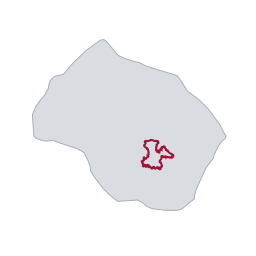 Bokong, Thaba-Tseka, Lesotho shown in context, rotated 76°
{"feature_id": "5366337B35229058377929", "entity_name": "Bokong", "entity_type": "district", "adm_level": 2, "iso_a3": "LSO", "parent_name": "Lesotho", "parent_adm1": "Thaba-Tseka", "projection": "orthographic", "projection_center": [28.644, -29.377], "detail": "fine", "context": "in_parent", "style": "outline", "palette": "rose", "viewbox_px": 256, "rotation_deg": 76, "n_neighbors": 0, "source": "geoboundaries", "source_scale": "gbopen_adm2", "svg_char_len": 6026}
<svg xmlns="http://www.w3.org/2000/svg" viewBox="0 0 256 256"><g transform="rotate(76 128 128)"><path d="M168.3,172.2L161.3,174.4L160.3,174.6L155.8,174.1L149.8,174.7L145.1,175.9L141.4,176.4L135.4,182.8L124.6,200.1L121.7,203.7L121.0,210.5L118.5,215.9L115.4,220.1L112.4,221.2L103.4,219.6L91.8,217.5L85.0,212.3L79.0,205.5L75.7,200.6L72.4,197.9L71.3,196.3L66.5,194.1L64.7,192.9L63.1,192.1L61.2,188.8L60.0,185.9L60.4,177.9L57.0,173.1L51.2,165.0L47.5,158.4L42.4,149.3L39.3,141.6L36.1,133.5L36.4,130.0L39.4,127.6L48.2,123.4L55.0,120.2L59.8,114.3L65.1,105.7L67.6,100.5L70.2,98.1L73.0,94.4L77.9,86.2L83.4,77.2L89.2,67.5L96.7,64.6L106.9,61.3L116.8,52.9L128.5,45.7L147.4,37.9L156.3,36.0L159.6,34.8L161.8,36.3L164.0,40.7L167.2,44.4L174.7,50.9L177.9,52.4L185.6,61.9L193.8,68.5L203.3,76.1L209.7,79.8L213.0,80.9L215.7,87.6L218.4,92.6L219.9,97.2L219.6,101.7L216.5,112.7L212.1,124.0L208.6,128.7L204.4,131.6L200.2,136.1L198.6,145.1L196.6,155.8L191.2,160.1L187.0,163.0L181.2,166.5L168.3,172.2Z" fill="#d9dde1" stroke="#a8b0b8" stroke-width="1"/><path d="M166.0,122.6L166.2,122.2L166.9,121.7L167.2,121.7L167.3,121.5L167.5,121.6L167.6,122.1L167.8,122.4L168.3,122.7L168.6,122.8L168.9,122.6L169.0,122.3L168.2,120.8L168.1,120.4L168.1,119.9L168.3,119.8L168.7,119.8L169.4,120.2L169.7,120.2L169.9,120.2L170.1,119.3L170.0,119.0L169.8,118.9L169.1,119.3L168.8,119.2L168.6,118.4L168.5,117.9L168.8,117.7L169.4,117.6L169.7,117.5L169.7,117.3L169.4,117.0L169.6,116.9L169.9,116.9L170.6,117.1L170.9,117.3L171.1,117.3L171.2,117.1L171.2,116.7L170.7,116.5L170.5,116.2L170.9,116.0L171.7,115.5L172.0,115.0L172.1,114.7L172.5,114.5L172.7,114.9L172.9,115.0L173.1,114.9L173.1,114.7L172.9,114.5L173.0,114.0L173.1,113.9L173.0,113.7L172.8,113.5L172.1,113.3L171.8,112.9L171.8,112.7L172.0,112.2L172.4,112.0L173.1,112.2L173.4,112.0L174.1,111.3L174.1,111.2L173.7,111.2L173.6,110.7L173.4,110.3L173.1,109.3L174.1,109.0L174.2,108.9L174.3,108.7L174.3,108.2L173.9,107.7L174.0,107.6L174.3,107.5L174.5,107.6L174.9,107.9L175.0,108.0L175.5,107.7L175.7,107.3L175.8,106.8L175.7,106.5L175.5,106.3L175.1,106.2L174.6,106.4L174.2,106.7L174.0,106.8L173.9,106.4L174.1,106.3L174.5,105.8L174.4,105.5L173.9,105.1L173.6,104.6L173.4,104.6L173.2,104.2L172.9,104.1L172.8,104.3L172.6,104.2L172.5,104.3L172.4,104.3L171.9,104.3L171.2,104.4L170.6,104.3L170.3,104.5L169.6,104.4L169.4,104.6L169.1,105.2L168.7,105.5L168.2,105.3L167.8,105.3L167.2,104.8L167.0,104.5L166.8,104.3L166.6,103.8L166.1,103.4L165.4,102.7L164.0,102.6L163.7,102.5L163.4,102.2L163.4,101.8L163.5,101.8L163.6,101.7L163.6,101.4L163.8,101.4L163.9,101.2L164.2,101.2L164.3,101.0L164.5,100.8L164.7,100.6L164.9,100.4L165.0,100.2L164.9,100.0L165.1,99.8L165.1,99.7L165.0,99.4L165.1,99.2L165.3,99.1L165.2,99.1L165.3,98.9L165.2,98.8L165.4,98.6L165.1,98.5L165.3,98.4L165.2,98.3L165.2,98.0L165.5,98.0L165.4,97.9L165.5,97.8L165.5,97.7L165.4,97.5L165.5,97.4L165.6,97.2L165.7,96.9L165.7,96.7L165.9,96.5L165.8,96.3L166.0,96.0L166.0,95.8L166.2,95.2L166.5,94.9L166.8,94.7L166.7,94.5L166.9,94.3L166.9,94.1L167.0,94.1L167.0,93.8L167.2,93.5L167.2,92.9L167.4,92.5L167.2,91.7L166.8,91.6L166.7,92.0L166.3,92.3L166.1,92.3L165.9,92.1L165.9,90.8L165.5,90.6L165.3,90.6L163.7,91.9L163.4,92.3L163.3,92.8L163.2,92.9L162.9,93.2L162.6,93.4L162.4,93.6L162.1,93.7L161.8,94.0L161.6,94.0L161.4,94.2L161.0,94.6L160.8,94.6L160.6,94.7L160.3,94.7L160.1,94.9L160.0,95.2L159.7,95.1L159.7,95.4L159.4,95.5L159.1,95.5L158.9,95.5L158.7,95.8L158.7,96.1L158.4,96.4L158.2,96.4L158.2,96.5L157.8,96.4L157.2,96.6L156.7,96.9L156.2,96.8L155.9,96.9L155.8,97.0L155.5,96.9L155.4,97.1L155.0,97.2L154.7,97.4L154.8,97.6L155.0,97.6L154.5,98.0L154.7,98.4L155.0,98.3L155.1,98.0L155.1,98.5L155.2,98.8L154.8,98.9L154.7,99.0L155.0,99.8L154.9,100.0L155.0,100.1L155.5,99.3L155.7,99.6L155.6,99.8L155.8,100.2L155.9,100.4L155.9,100.5L155.7,100.5L155.9,100.7L156.4,100.4L156.6,100.5L156.6,100.8L156.7,101.0L156.8,101.4L157.1,101.3L156.9,101.6L156.4,101.7L156.4,101.8L156.8,102.1L157.1,101.9L157.2,102.0L157.4,102.4L157.2,102.7L157.2,102.8L157.4,102.7L157.6,102.5L157.7,102.8L157.4,103.1L157.4,103.4L157.6,103.5L157.8,103.4L157.8,103.7L158.2,103.8L158.3,104.2L158.5,104.3L158.6,104.1L158.5,103.8L158.6,103.7L158.9,103.5L159.4,103.5L159.4,103.9L158.9,104.0L158.8,104.5L158.5,104.8L158.7,105.0L158.4,104.9L158.3,105.2L158.3,105.3L158.2,105.4L157.6,105.0L157.1,105.1L156.8,105.3L156.8,106.0L156.6,106.1L156.2,106.0L155.6,106.1L155.1,105.6L154.8,105.5L153.7,105.5L153.4,105.2L153.1,105.1L153.0,104.7L152.8,104.6L152.4,104.6L151.5,104.6L151.2,104.3L151.2,104.0L151.3,103.8L151.2,103.7L150.3,103.3L150.2,102.8L149.9,102.2L149.1,102.4L148.9,102.5L148.5,102.3L148.4,102.2L148.5,102.0L148.2,102.0L147.8,102.5L147.7,102.7L147.8,102.7L147.7,102.9L147.8,103.1L147.6,104.0L147.2,104.8L147.0,105.8L146.4,106.3L146.1,106.5L145.8,106.8L145.7,107.2L145.6,107.4L145.6,107.7L145.3,108.2L145.3,108.6L145.1,108.9L145.1,109.2L145.4,109.5L145.5,109.8L145.4,110.4L145.5,110.6L145.5,111.2L145.4,111.9L145.4,113.0L145.2,113.3L144.7,113.9L144.7,114.0L145.0,114.2L145.1,114.4L145.0,114.8L145.2,115.0L145.5,115.0L145.7,114.9L146.1,114.9L146.6,114.7L146.9,114.6L147.0,114.6L148.1,115.3L148.3,116.2L148.5,116.4L148.8,116.2L149.0,116.3L149.7,116.6L150.0,116.4L150.3,116.1L151.1,115.7L151.8,114.7L151.9,114.8L152.1,114.8L152.3,114.7L152.9,114.8L153.0,114.7L153.5,113.8L154.0,114.0L155.1,113.8L155.3,113.9L155.5,113.8L155.9,113.8L156.3,114.0L156.5,113.9L157.2,114.1L157.5,114.1L157.7,114.3L157.8,114.2L158.1,114.4L158.3,114.4L158.3,114.5L158.7,114.5L158.9,114.7L159.1,114.9L159.4,115.0L159.5,115.2L159.8,115.2L160.1,115.2L160.2,115.3L160.3,115.6L160.2,115.7L160.4,115.7L160.6,115.7L160.8,115.5L161.0,115.9L161.0,116.1L161.2,116.5L161.4,116.8L161.4,117.2L161.6,117.6L161.9,117.8L162.1,118.0L161.9,118.5L161.6,118.8L160.4,119.4L160.3,119.6L160.7,120.0L161.7,120.3L161.9,120.2L162.4,119.8L162.6,119.7L163.2,120.5L163.2,121.0L163.2,121.4L163.5,122.2L163.5,122.6L163.7,122.8L163.9,122.8L164.0,122.6L163.8,121.9L164.0,121.7L164.1,121.8L164.7,122.0L164.9,122.3L165.2,122.6L165.6,122.7L166.0,122.6Z" fill="none" stroke="#9f1239" stroke-width="2"/></g></svg>